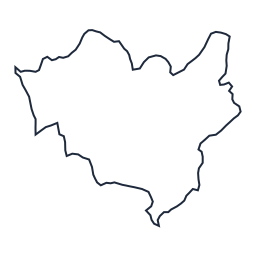 Santo Antônio de Posse, São Paulo, Brazil (Robinson projection)
{"feature_id": "56859067B90854909579192", "entity_name": "Santo Antônio de Posse", "entity_type": "district", "adm_level": 2, "iso_a3": "BRA", "parent_name": "Brazil", "parent_adm1": "São Paulo", "projection": "robinson", "projection_center": [-46.947, -22.613], "detail": "fine", "context": "isolated", "style": "outline", "palette": "slate", "viewbox_px": 256, "rotation_deg": 0, "n_neighbors": 0, "source": "geoboundaries", "source_scale": "gbopen_adm2", "svg_char_len": 1800}
<svg xmlns="http://www.w3.org/2000/svg" viewBox="0 0 256 256"><path d="M232.1,86.5L228.8,82.6L224.0,84.5L220.2,84.9L219.0,80.7L222.3,76.9L225.5,73.6L226.7,65.9L226.3,60.3L226.7,54.7L228.3,49.2L228.4,43.5L229.7,36.5L225.9,34.1L220.9,32.6L215.8,31.9L211.0,33.7L208.2,39.1L204.4,47.2L199.1,54.8L195.5,58.1L192.4,60.5L187.6,64.1L184.0,69.6L173.2,75.1L170.2,72.3L170.8,66.6L168.3,62.1L165.6,58.9L160.7,56.1L156.0,55.4L148.7,57.4L143.9,62.1L139.8,68.5L132.8,69.7L131.8,63.4L130.1,59.0L129.2,55.0L127.1,51.2L124.2,48.7L119.0,41.2L114.0,41.8L109.8,39.2L104.8,35.9L100.2,32.4L96.2,31.4L92.3,30.1L88.5,30.3L84.3,33.9L82.3,37.4L79.7,43.6L75.7,49.7L71.8,52.8L68.2,56.3L63.2,57.8L59.0,57.0L55.8,59.2L51.9,60.2L47.3,56.8L42.9,59.0L41.0,64.6L39.0,70.1L35.6,71.8L29.9,70.8L24.9,70.7L20.7,71.8L15.4,67.2L15.5,73.0L20.1,76.8L22.6,84.9L25.7,90.3L29.1,96.7L30.3,102.7L31.6,109.1L33.7,115.3L35.6,119.1L35.6,123.3L35.5,127.6L35.6,134.6L41.8,130.0L45.8,127.1L50.9,125.5L57.3,122.9L59.4,134.3L63.8,136.2L65.1,142.1L65.3,150.4L66.7,156.0L72.3,153.7L78.2,154.4L82.8,157.5L89.1,159.5L92.0,167.0L93.3,174.7L95.0,178.4L97.1,182.4L100.8,185.3L106.4,182.8L110.6,183.3L114.4,182.4L122.3,184.8L125.9,185.5L130.1,186.4L134.3,187.2L142.0,189.0L148.5,191.9L151.0,197.2L152.8,201.6L151.2,206.3L146.0,210.5L150.4,215.2L151.6,219.9L154.1,223.7L158.9,225.9L157.7,220.1L159.8,216.1L164.0,212.1L168.3,212.1L171.1,209.5L176.9,206.4L181.0,203.5L184.3,200.6L186.4,195.7L189.1,193.0L192.8,189.0L197.9,190.3L199.4,185.0L198.5,179.3L198.1,173.0L198.9,168.3L202.7,162.8L202.7,156.7L201.6,151.7L198.5,149.5L200.5,143.5L205.6,139.1L209.3,135.7L215.9,134.7L221.1,130.6L226.1,125.5L230.3,121.7L233.8,118.4L238.0,115.3L240.6,111.6L239.3,106.4L234.1,102.9L232.3,99.3L232.6,94.1L229.1,90.9L232.1,86.5Z" fill="none" stroke="#1e293b" stroke-width="2"/></svg>